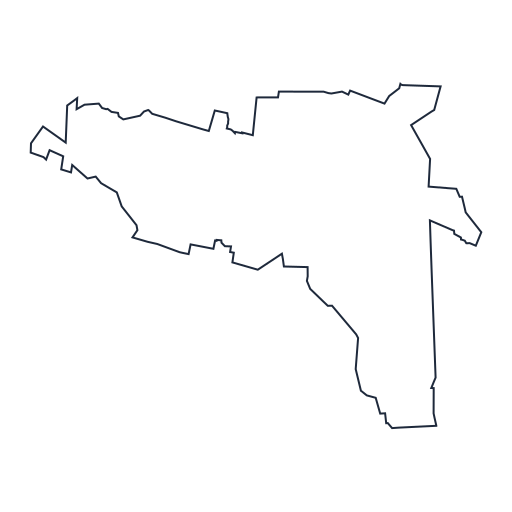 Bacerac, Sonora, Mexico
{"feature_id": "50627088B98976467166083", "entity_name": "Bacerac", "entity_type": "district", "adm_level": 2, "iso_a3": "MEX", "parent_name": "Mexico", "parent_adm1": "Sonora", "projection": "natural_earth1", "projection_center": [-108.843, 30.254], "detail": "fine", "context": "isolated", "style": "outline", "palette": "slate", "viewbox_px": 512, "rotation_deg": 0, "n_neighbors": 0, "source": "geoboundaries", "source_scale": "gbopen_adm2", "svg_char_len": 2438}
<svg xmlns="http://www.w3.org/2000/svg" viewBox="0 0 512 512"><path d="M431.6,270.3L430.6,241.9L429.9,220.4L452.4,230.1L454.0,230.6L454.3,233.9L460.0,237.0L460.9,237.5L461.0,239.5L462.3,239.8L464.8,240.7L464.9,240.9L466.3,243.2L467.2,243.3L467.4,243.2L468.1,243.2L469.6,243.1L475.8,245.7L481.3,232.2L481.0,231.8L480.0,230.6L465.7,212.4L464.7,208.0L462.0,196.7L459.7,196.8L456.3,188.8L449.8,188.3L448.3,188.2L447.1,188.1L445.4,187.9L444.8,187.9L439.2,187.4L438.4,187.4L428.6,186.6L430.1,158.9L429.7,158.2L420.5,141.8L418.8,138.8L411.1,125.1L431.6,111.5L434.2,110.0L440.6,86.4L405.3,85.2L402.9,85.1L402.2,85.0L401.3,84.7L400.4,83.9L399.2,88.3L393.5,92.7L389.2,96.0L384.5,103.6L370.7,98.4L350.1,90.6L348.3,94.6L342.0,91.6L331.4,93.5L328.4,93.1L323.7,91.7L278.9,91.6L278.0,97.4L257.7,97.4L256.6,97.5L252.8,135.2L242.2,132.5L242.3,133.3L235.2,131.9L234.9,133.2L232.7,130.9L231.2,129.7L230.3,129.3L227.2,128.6L226.8,128.5L227.0,127.9L227.2,127.5L227.2,126.8L227.2,126.7L227.2,125.6L227.8,124.2L228.1,123.6L228.1,122.7L228.1,122.1L228.1,121.6L228.3,120.3L228.4,119.3L228.3,118.6L228.0,117.7L227.8,116.9L227.7,116.3L227.6,115.5L227.5,114.9L227.4,114.3L227.4,114.1L227.3,113.2L220.9,111.8L214.8,110.5L212.0,120.1L208.8,131.0L203.0,129.4L176.1,121.3L165.3,117.7L152.2,113.8L149.0,110.5L148.2,110.0L144.0,111.5L140.1,115.7L123.3,119.4L118.8,116.4L118.0,112.9L111.5,111.9L107.6,108.9L106.2,109.2L102.1,108.0L98.8,103.6L97.6,103.7L84.5,104.7L76.6,109.2L77.2,98.1L74.2,100.4L67.2,105.5L65.7,142.6L43.0,126.5L31.0,143.3L30.7,152.6L43.5,157.1L46.1,159.6L49.6,150.2L63.2,156.3L61.2,169.4L71.0,172.4L72.2,165.0L87.5,178.5L95.7,176.6L101.1,183.2L111.0,189.0L116.8,192.4L121.7,206.4L136.5,225.2L137.4,230.2L132.5,237.4L147.6,241.8L157.3,244.0L179.6,252.2L183.2,253.0L188.6,254.1L190.6,244.4L207.7,247.7L211.3,248.4L212.5,248.6L213.4,248.8L214.3,244.4L215.1,240.5L216.5,240.8L216.6,239.9L219.8,240.2L221.3,240.3L221.5,242.7L224.9,246.2L231.0,246.4L230.1,252.0L233.8,252.7L232.4,262.4L257.8,269.7L273.8,259.1L281.9,253.7L282.9,259.1L283.9,266.5L307.6,267.1L307.7,276.3L306.9,280.9L310.2,288.9L323.4,301.6L327.8,305.8L332.0,305.7L356.2,334.4L358.1,338.0L355.7,369.1L360.9,390.7L366.8,395.4L375.7,397.8L380.2,413.6L385.1,413.3L386.2,423.2L387.8,423.1L392.1,428.1L399.3,427.6L413.7,426.9L436.3,425.8L436.3,425.6L434.6,418.1L433.6,413.4L433.6,413.1L433.7,388.1L431.3,388.0L433.7,382.1L435.6,377.6L431.6,270.3Z" fill="none" stroke="#1e293b" stroke-width="2"/></svg>